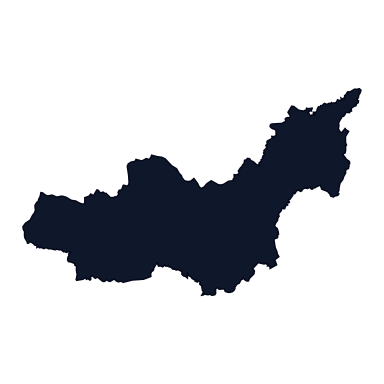 outline of Chu Pah, Gia Lai, Vietnam
{"feature_id": "81297802B21786246689715", "entity_name": "Chu Pah", "entity_type": "district", "adm_level": 2, "iso_a3": "VNM", "parent_name": "Vietnam", "parent_adm1": "Gia Lai", "projection": "mercator", "projection_center": [108.007, 14.222], "detail": "fine", "context": "isolated", "style": "filled", "palette": "ink", "viewbox_px": 384, "rotation_deg": 0, "n_neighbors": 0, "source": "geoboundaries", "source_scale": "gbopen_adm2", "svg_char_len": 6023}
<svg xmlns="http://www.w3.org/2000/svg" viewBox="0 0 384 384"><path d="M361.0,90.2L359.3,88.7L357.0,89.3L354.4,89.2L350.2,91.8L347.7,91.8L345.7,94.9L344.6,95.6L344.7,97.9L343.6,98.2L344.0,99.2L342.2,98.9L341.0,98.1L341.3,99.5L341.1,100.4L339.2,100.4L337.5,99.8L336.9,101.5L335.8,103.0L335.3,102.7L334.6,103.2L333.6,102.9L332.3,103.4L331.4,102.6L330.5,103.5L328.6,103.4L327.9,104.2L325.9,104.1L324.3,103.4L322.1,105.6L320.6,105.6L320.0,107.2L318.5,106.8L317.1,109.4L317.1,110.6L316.0,112.3L313.6,112.3L313.2,113.2L313.4,113.8L314.7,114.1L315.1,114.6L314.4,115.2L311.8,115.0L311.1,115.9L310.3,115.8L308.9,113.3L307.9,112.4L310.3,110.7L311.5,111.0L311.1,109.8L312.2,108.8L312.1,108.1L308.6,108.7L306.6,108.2L306.1,110.3L304.7,110.4L303.6,111.1L298.5,110.2L293.8,106.5L291.7,106.2L288.0,112.3L290.1,115.6L290.3,116.9L289.4,117.7L287.6,117.5L285.7,118.3L285.2,119.1L285.8,120.9L285.5,121.8L284.5,121.9L282.0,123.4L272.2,124.0L271.2,124.2L270.4,125.0L270.1,126.2L270.5,127.1L272.2,128.5L274.6,129.3L276.0,130.2L276.1,135.5L274.1,136.6L271.8,136.4L272.2,138.4L267.3,141.0L266.9,142.4L267.4,144.1L265.8,145.4L266.5,146.7L266.6,148.0L263.9,150.6L264.2,152.0L263.5,153.0L264.5,154.5L262.9,156.1L262.2,159.2L261.1,159.8L261.2,161.3L259.2,162.8L259.0,164.2L259.6,165.5L256.7,164.7L252.9,161.4L251.1,160.9L249.6,158.7L247.5,158.4L245.9,160.1L244.5,160.3L244.3,162.6L243.7,164.0L242.4,165.1L242.3,166.0L240.2,168.2L238.3,171.0L239.1,172.3L238.7,173.8L236.2,175.0L234.2,174.6L234.2,178.1L233.2,179.0L233.1,180.7L228.5,181.3L223.7,184.3L221.2,185.0L218.4,184.8L211.2,180.8L206.9,183.7L204.0,187.1L201.6,188.3L200.4,188.1L198.8,186.2L197.6,183.5L193.9,178.5L190.6,181.3L187.2,181.5L184.3,180.7L182.0,177.6L181.4,175.7L179.2,173.4L176.5,168.7L171.7,165.8L165.0,158.7L161.4,157.2L157.7,156.8L151.6,155.2L151.1,156.9L149.3,159.5L146.2,158.6L141.9,161.0L136.0,159.4L135.2,161.3L131.2,162.1L128.3,163.9L127.3,166.3L128.6,175.0L129.1,182.2L128.8,184.4L128.3,185.3L126.8,186.1L123.9,185.2L123.2,185.4L122.0,189.0L120.2,190.6L119.4,190.2L119.0,190.5L118.1,192.4L118.7,194.4L116.5,197.1L115.1,196.7L114.2,197.4L110.5,197.7L106.0,193.3L105.0,193.5L103.0,192.1L101.7,192.6L100.2,192.6L99.6,192.3L98.5,190.4L96.9,189.9L93.5,195.7L90.8,194.0L89.0,196.2L84.8,197.7L84.8,203.0L83.9,203.9L82.6,204.1L79.7,203.2L75.7,201.0L71.5,200.4L66.2,197.3L62.9,196.3L61.3,196.2L56.7,197.1L52.0,195.1L47.6,196.0L45.5,195.1L42.6,192.9L40.9,192.6L40.1,196.6L38.8,199.0L38.1,201.8L37.0,202.1L35.1,205.1L35.0,206.9L35.5,210.0L34.4,213.1L32.6,215.3L30.2,220.1L25.6,223.1L23.0,226.6L23.2,229.0L24.6,231.7L24.5,235.8L24.9,237.9L27.0,241.4L27.5,243.2L28.7,243.1L29.4,241.6L31.9,242.5L32.5,243.1L33.3,243.1L34.5,245.0L36.9,245.4L36.9,247.5L38.3,246.7L39.5,247.8L41.2,247.4L43.8,248.6L46.2,247.7L48.9,248.9L50.3,248.6L55.1,249.8L56.8,249.2L59.7,249.9L61.0,249.6L63.6,251.8L65.0,251.6L66.4,252.4L68.0,251.8L70.5,252.2L68.9,253.7L68.6,254.9L69.2,256.0L68.0,257.0L67.6,260.0L68.5,261.6L71.1,262.0L74.7,263.5L75.0,265.4L76.6,266.0L76.4,270.1L77.2,274.6L76.2,279.7L76.7,280.3L82.8,279.3L85.8,277.5L86.4,279.3L87.9,278.7L90.0,280.1L90.8,279.2L90.5,277.0L92.1,275.6L95.2,278.3L96.9,277.4L97.9,277.4L102.6,281.3L103.9,281.5L104.7,281.3L106.5,279.8L109.2,281.3L110.4,281.3L112.7,279.8L114.8,279.2L116.1,280.8L118.2,281.8L120.9,281.3L122.1,281.5L123.0,282.3L132.4,280.0L143.6,279.2L150.8,276.5L150.9,275.3L150.4,274.2L151.7,271.1L152.1,270.6L152.5,271.0L152.9,270.7L153.6,269.7L153.5,268.5L155.9,264.5L157.0,263.1L157.8,262.8L158.2,263.7L157.8,264.4L158.5,266.1L161.0,266.0L162.6,266.8L163.8,266.1L164.6,264.9L165.2,265.0L165.8,266.1L167.6,266.1L168.4,265.5L169.0,266.9L170.8,267.1L172.8,269.1L175.1,269.3L176.2,270.1L177.8,269.5L182.0,271.6L181.9,274.3L183.6,276.0L185.4,276.3L187.4,278.0L187.4,273.5L188.0,274.1L187.9,275.1L190.8,276.7L192.2,278.5L194.2,279.7L195.7,279.6L195.1,281.1L197.4,282.0L198.5,281.4L199.6,281.3L200.4,283.5L199.8,283.7L199.9,284.4L201.7,285.7L202.4,290.4L203.0,290.9L203.3,292.5L201.8,295.2L203.4,294.9L204.5,294.1L207.9,294.7L210.1,294.3L211.9,295.3L214.7,294.8L215.6,293.6L215.6,288.9L216.5,288.0L218.1,288.1L219.0,289.2L223.9,288.9L224.7,289.6L225.2,291.4L228.1,292.3L229.5,292.4L232.3,291.7L234.1,290.2L234.9,288.6L234.8,287.4L236.8,284.3L239.3,283.1L240.9,279.8L242.6,279.0L243.3,278.1L244.6,279.6L246.8,281.0L248.5,280.9L249.4,278.4L253.9,273.9L254.4,271.2L254.0,270.2L252.8,269.1L253.0,268.2L258.2,262.6L264.1,264.0L265.2,263.2L266.3,264.1L267.3,263.5L267.9,264.5L267.5,265.9L268.5,265.8L270.0,266.6L270.1,268.4L276.6,264.8L274.7,259.8L278.8,256.7L277.3,254.0L276.9,251.7L275.1,247.5L273.9,239.5L274.1,239.0L277.4,237.7L277.7,237.0L277.4,235.3L278.5,234.3L278.2,231.8L277.1,228.4L275.3,227.2L274.6,225.4L275.7,222.9L277.5,220.5L277.6,219.1L278.6,216.5L279.1,216.2L278.5,214.7L278.9,213.3L281.1,210.9L282.0,208.1L284.0,208.8L284.7,208.6L285.7,205.6L287.6,205.1L287.4,204.1L286.5,203.2L287.9,201.7L288.6,201.9L288.8,202.7L289.4,202.3L288.8,201.1L288.8,199.5L290.0,199.2L292.7,195.4L292.9,194.1L293.9,193.3L294.4,193.7L295.3,193.1L296.4,190.9L298.4,190.2L300.7,191.4L301.9,190.7L302.2,189.7L303.6,188.6L305.1,188.0L307.5,188.5L309.8,187.2L310.6,187.7L310.5,188.4L312.0,189.3L313.9,187.8L315.2,187.7L316.1,186.9L319.9,185.3L320.5,185.7L321.8,189.2L327.8,191.5L328.5,192.7L329.6,193.5L330.7,196.1L333.4,197.0L335.0,195.9L337.4,195.5L338.2,194.9L338.8,194.0L337.9,193.8L337.8,192.9L339.0,189.9L338.8,189.0L339.9,183.3L342.8,179.4L343.5,176.9L345.7,172.8L345.4,171.4L345.9,170.3L345.5,169.4L348.4,168.6L349.0,165.9L348.9,164.2L349.7,163.6L349.3,161.4L346.5,159.4L343.1,154.8L343.1,153.8L345.0,153.1L345.6,150.6L345.6,146.3L346.5,145.0L345.5,142.7L345.5,136.4L348.6,131.4L346.0,129.7L345.1,128.5L341.8,132.6L340.1,131.9L338.4,129.0L338.9,125.3L338.6,123.4L339.2,121.5L341.6,117.5L342.6,116.2L343.6,116.3L345.1,114.3L345.7,112.4L349.6,112.6L350.2,111.4L351.5,111.0L351.2,108.3L354.7,106.0L355.8,105.9L356.7,103.5L358.1,102.8L358.5,100.8L357.3,100.0L357.3,98.8L358.4,97.6L358.7,95.2L360.0,93.2L361.0,90.2Z" fill="#0f172a" stroke="#020617" stroke-width="1.5"/></svg>